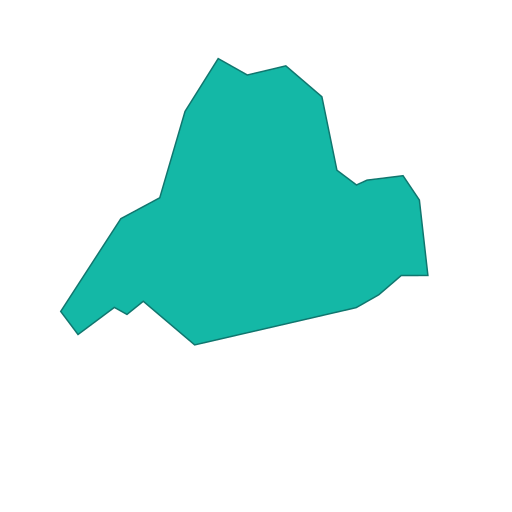 outline of Kuçovë, Berat, Albania, rotated 307°
{"feature_id": "67620474B36949901982284", "entity_name": "Kuçovë", "entity_type": "district", "adm_level": 2, "iso_a3": "ALB", "parent_name": "Albania", "parent_adm1": "Berat", "projection": "albers", "projection_center": [19.91, 40.812], "detail": "fine", "context": "isolated", "style": "filled", "palette": "teal", "viewbox_px": 512, "rotation_deg": 307, "n_neighbors": 0, "source": "geoboundaries", "source_scale": "gbopen_adm2", "svg_char_len": 444}
<svg xmlns="http://www.w3.org/2000/svg" viewBox="0 0 512 512"><g transform="rotate(307 256 256)"><path d="M94.2,133.4L86.2,161.1L129.7,173.8L131.7,188.1L152.0,193.2L148.1,260.5L275.1,367.1L299.0,377.4L327.8,383.7L343.9,405.0L399.0,352.8L408.6,325.1L383.4,299.0L373.2,293.5L373.2,269.0L422.8,212.8L425.8,165.4L395.3,140.1L390.9,107.0L328.8,112.3L244.6,144.1L204.5,125.6L94.2,133.4Z" fill="#14b8a6" stroke="#0f766e" stroke-width="1.5"/></g></svg>